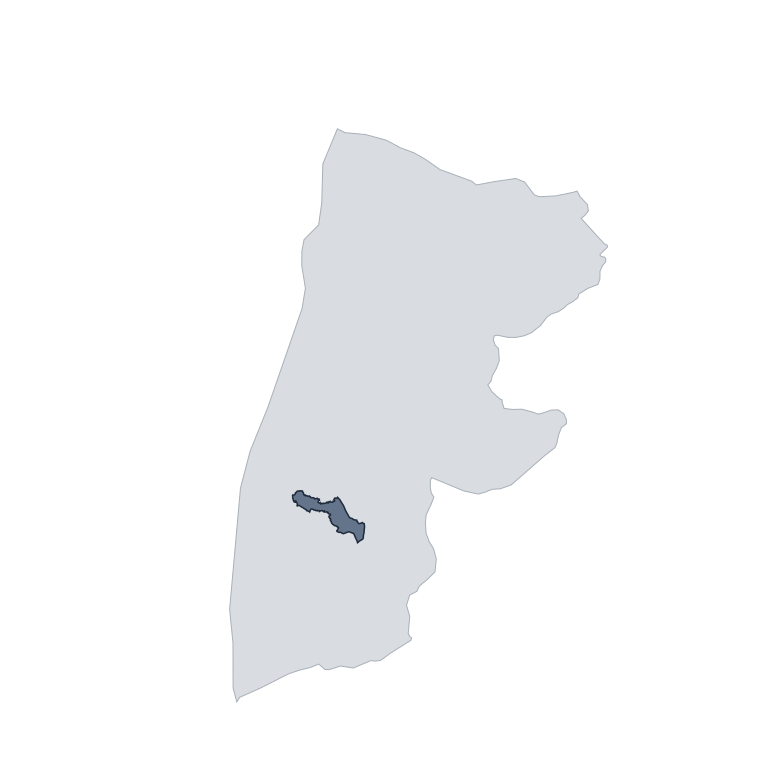 Seekon, Sinoe, Liberia (highlighted), rotated 67°
{"feature_id": "62588387B87591253137556", "entity_name": "Seekon", "entity_type": "district", "adm_level": 2, "iso_a3": "LBR", "parent_name": "Liberia", "parent_adm1": "Sinoe", "projection": "mercator", "projection_center": [-8.669, 5.635], "detail": "fine", "context": "in_parent", "style": "filled", "palette": "slate", "viewbox_px": 768, "rotation_deg": 67, "n_neighbors": 0, "source": "geoboundaries", "source_scale": "gbopen_adm2", "svg_char_len": 6328}
<svg xmlns="http://www.w3.org/2000/svg" viewBox="0 0 768 768"><g transform="rotate(67 384 384)"><path d="M130.9,327.2L137.4,321.7L147.0,303.8L160.4,286.7L173.0,276.6L182.9,266.1L193.4,258.1L208.5,248.7L231.5,224.1L236.9,221.2L240.6,204.2L246.3,182.4L253.0,175.7L268.7,171.7L272.3,167.9L277.9,152.6L281.5,134.8L281.8,130.9L288.0,130.4L298.5,126.6L304.6,128.3L307.3,133.4L308.7,137.8L340.7,126.6L343.5,124.3L345.2,124.7L349.3,134.8L351.6,134.2L353.5,131.3L355.6,131.0L358.1,132.3L360.6,137.0L364.7,141.2L371.7,144.2L376.0,148.2L375.6,158.9L377.2,169.4L380.3,171.8L381.9,178.0L382.7,184.8L384.3,188.4L385.5,195.3L384.9,202.7L386.1,207.9L391.2,216.9L394.4,228.1L394.4,236.1L392.6,244.6L389.2,252.2L383.3,260.6L382.8,263.9L386.3,266.1L391.6,266.5L396.1,264.8L407.5,268.7L413.4,274.2L418.6,281.0L423.3,284.5L425.4,288.8L433.5,287.6L442.8,283.4L444.7,281.5L447.5,282.5L453.5,283.0L457.7,275.5L461.1,266.9L468.4,257.6L471.9,254.0L472.9,248.1L473.3,240.4L475.9,233.7L481.8,230.1L488.3,230.1L491.8,231.5L493.6,237.9L498.8,242.9L503.2,246.2L505.6,247.6L509.3,251.4L512.8,264.4L526.6,306.4L525.9,318.0L523.2,325.5L523.1,332.9L522.2,340.2L513.7,352.2L488.8,376.7L490.7,378.8L496.7,381.6L502.7,383.1L507.7,382.3L513.9,388.4L520.7,396.1L527.8,400.1L538.0,403.6L547.0,404.0L554.7,402.7L565.4,404.2L576.9,410.5L581.0,421.0L583.7,430.2L587.7,434.8L588.2,442.7L596.4,449.7L608.0,451.1L623.1,459.2L626.9,458.8L628.5,457.8L630.4,459.3L634.2,482.8L637.1,495.3L635.6,500.3L633.5,504.3L633.4,523.3L626.6,534.2L625.5,546.2L623.6,550.0L616.3,553.5L616.2,562.7L614.3,573.8L613.5,585.5L615.6,616.3L616.0,639.3L619.2,643.7L605.1,641.8L563.4,624.2L531.2,614.2L423.6,556.7L393.7,533.6L359.3,499.3L282.6,430.0L265.1,418.9L243.1,413.5L229.5,407.6L219.9,401.2L212.0,382.0L192.9,370.5L157.5,354.3L130.9,327.2Z" fill="#d9dde1" stroke="#a8b0b8" stroke-width="1"/><path d="M505.8,457.1L505.2,456.9L504.8,456.8L504.3,457.4L504.0,457.6L503.7,457.9L503.1,458.0L503.1,458.6L503.2,458.9L503.3,459.1L503.1,459.5L503.0,459.9L503.0,460.3L503.1,460.7L502.9,461.3L502.5,461.6L502.0,461.9L501.4,462.2L500.7,462.2L500.4,462.2L500.2,462.2L499.9,462.6L499.1,462.3L498.6,462.3L498.2,463.1L498.0,463.6L497.7,463.9L497.0,465.0L496.3,465.4L495.7,465.5L495.0,466.3L494.8,466.6L494.7,466.7L494.6,466.9L494.2,467.5L492.5,468.1L489.4,468.4L488.7,468.5L485.7,468.8L483.1,468.8L482.7,468.8L480.5,468.8L480.4,468.8L479.9,468.8L477.4,469.3L476.8,469.4L474.1,469.7L472.3,470.2L472.0,470.3L471.8,470.4L470.1,471.0L470.3,471.3L470.5,471.7L470.7,472.3L470.3,472.9L469.9,473.4L469.8,473.9L470.2,474.5L470.5,474.9L470.8,475.3L471.1,475.2L471.5,475.0L472.4,475.1L472.4,475.8L472.0,476.7L472.4,476.8L472.7,477.4L472.7,477.8L472.3,478.5L471.7,479.2L471.4,480.0L471.0,479.6L470.8,480.6L471.2,481.3L471.7,482.0L471.2,482.3L471.0,481.9L470.7,482.2L470.4,482.9L470.5,483.3L470.9,483.5L470.9,483.8L470.9,484.6L470.8,484.8L470.7,485.4L470.2,486.0L470.3,486.5L470.3,487.0L469.9,487.1L469.7,487.9L469.7,489.0L469.4,489.0L468.7,488.8L468.3,489.2L468.5,489.9L468.0,490.3L467.5,490.6L467.2,490.9L466.7,490.7L466.3,490.5L465.7,489.8L465.1,489.3L465.5,489.0L465.2,489.0L465.1,488.7L464.8,488.5L464.5,488.9L464.2,489.3L464.1,489.8L463.7,489.8L463.1,490.0L463.0,490.5L463.0,491.6L462.9,492.4L462.5,492.7L461.6,492.8L460.8,494.1L460.1,495.4L459.5,496.1L458.9,495.9L458.3,496.3L457.8,496.6L457.8,497.3L457.6,498.0L456.8,498.5L456.6,499.0L456.4,499.5L455.8,499.5L455.5,499.6L455.4,500.1L455.6,500.6L455.5,500.8L455.0,500.8L454.5,500.9L454.1,501.2L453.7,501.0L453.2,500.7L452.3,500.7L451.8,501.0L451.1,501.3L450.8,500.9L450.4,501.1L449.9,502.3L449.6,502.7L449.7,503.2L449.2,503.8L449.4,504.2L449.4,504.5L448.9,505.1L448.7,505.8L449.1,506.4L449.6,507.3L449.5,507.9L450.5,508.8L450.9,509.3L451.0,509.4L451.0,509.8L451.0,510.6L450.5,511.4L451.0,511.8L451.7,511.9L452.1,512.1L452.7,512.4L453.3,512.6L454.2,512.6L454.9,512.7L455.4,512.9L455.7,512.9L456.4,512.8L457.2,512.9L457.4,512.7L457.9,512.3L458.1,512.0L457.4,511.7L457.0,511.4L457.1,510.9L457.5,510.9L458.0,511.2L458.4,511.0L458.8,510.7L459.3,510.6L460.3,510.7L461.3,511.0L462.0,511.6L462.4,511.5L462.4,510.8L462.4,509.9L463.2,509.1L464.1,508.6L465.3,507.7L466.0,507.1L466.7,506.7L468.0,505.7L468.4,505.5L468.9,505.3L469.4,504.7L470.0,504.6L470.4,504.6L470.7,504.5L471.2,503.7L471.4,503.4L471.8,503.2L472.0,503.0L472.1,502.6L472.5,502.5L472.8,502.4L472.5,502.1L471.7,501.5L471.2,500.8L470.7,500.2L470.7,499.6L471.1,499.0L471.9,498.1L472.4,498.0L472.7,497.7L473.0,497.2L473.0,496.6L473.4,496.4L473.8,496.3L474.1,496.0L474.2,495.6L474.5,495.3L474.7,495.0L474.5,494.7L474.4,494.5L474.8,494.1L475.0,493.6L475.5,493.4L476.2,493.4L476.3,493.2L476.2,492.8L475.8,492.4L476.1,491.3L476.2,490.8L476.6,490.2L477.0,489.9L477.4,489.9L477.6,489.8L477.6,489.2L477.4,488.9L477.4,488.6L477.5,488.4L477.8,488.4L478.2,488.6L478.4,489.0L478.7,488.6L479.0,487.9L479.2,487.5L479.4,486.8L479.6,486.3L480.0,485.8L480.2,485.7L480.5,486.2L481.1,486.0L481.5,485.9L482.0,485.6L482.2,485.2L482.5,484.5L482.9,484.2L483.2,484.2L484.0,484.9L483.9,485.1L484.0,485.7L484.1,486.1L484.5,486.5L484.8,486.6L485.1,486.6L485.5,486.4L485.8,486.4L486.3,486.5L486.7,486.5L487.1,485.9L487.4,485.9L488.2,486.3L488.4,486.4L488.7,486.7L489.1,486.7L489.3,486.6L489.8,486.3L490.2,486.3L490.6,486.5L490.9,486.5L491.3,486.5L491.5,486.5L491.8,486.3L492.3,486.3L492.6,486.2L493.1,486.1L493.7,485.6L494.1,485.2L494.6,485.1L494.8,485.1L495.2,484.8L495.4,484.2L495.7,483.8L496.2,483.5L496.3,483.3L496.6,483.0L496.8,482.7L497.2,482.9L497.6,482.7L497.8,482.3L498.4,482.1L498.9,482.3L499.1,482.6L499.4,483.0L499.6,483.3L499.9,483.4L500.1,483.7L500.3,484.2L500.5,484.7L500.9,484.9L501.2,484.9L501.6,484.7L501.9,484.4L502.3,484.1L502.8,483.6L503.3,482.8L503.4,482.4L503.5,482.2L503.9,481.5L504.3,481.3L505.1,480.8L505.8,480.1L506.0,479.6L506.0,478.6L506.1,477.2L506.1,475.2L506.2,474.4L506.3,474.2L506.7,473.7L506.9,473.3L507.8,472.4L508.8,471.4L508.9,471.2L509.1,471.1L509.4,470.6L509.8,470.5L510.1,470.3L511.6,470.3L513.1,470.3L514.0,470.3L515.3,470.3L516.0,470.2L517.1,470.2L517.9,470.1L519.3,470.3L519.6,470.4L519.8,470.4L519.6,469.8L519.0,468.0L518.8,466.5L518.7,465.2L518.5,464.3L518.4,464.1L518.1,463.7L517.8,463.4L517.7,463.3L517.3,463.1L516.6,462.7L515.1,462.0L513.7,460.9L512.3,460.1L512.2,460.0L510.6,459.3L509.4,458.5L508.4,458.0L507.2,457.4L505.8,457.1Z" fill="#64748b" stroke="#1e293b" stroke-width="1.5"/></g></svg>